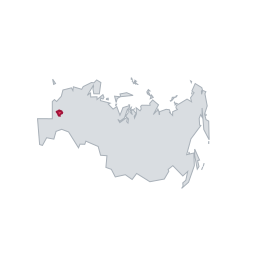 where Lipetsk sits in Russia, rotated 62°
{"feature_id": "RUS-2363", "entity_name": "Lipetsk", "entity_type": "Region", "adm_level": 1, "iso_a3": "RUS", "parent_name": "Russia", "parent_adm1": "", "projection": "orthographic", "projection_center": [38.959, 52.736], "detail": "fine", "context": "in_parent", "style": "filled", "palette": "rose", "viewbox_px": 256, "rotation_deg": 62, "n_neighbors": 0, "source": "natural_earth", "source_scale": "10m", "svg_char_len": 4768}
<svg xmlns="http://www.w3.org/2000/svg" viewBox="0 0 256 256"><g transform="rotate(62 128 128)"><path d="M204.3,100.0L206.5,109.0L205.2,106.7L202.2,105.4L201.3,101.5L194.4,95.7L196.1,102.1L182.3,106.1L183.4,112.0L185.4,112.3L190.1,119.9L185.7,133.9L172.2,141.7L175.4,148.5L168.0,152.3L165.2,162.2L156.7,162.1L152.4,166.0L142.6,159.6L139.2,165.0L130.3,163.0L119.8,171.4L122.1,173.8L119.7,178.0L122.3,181.0L103.6,182.3L98.0,187.2L97.2,193.1L103.0,198.7L98.4,204.4L103.2,211.7L101.1,213.8L77.3,203.5L84.3,190.5L69.1,182.4L68.4,179.6L71.1,178.6L68.7,172.0L63.9,167.6L66.0,159.1L69.1,159.1L66.0,156.9L72.1,150.7L70.4,148.1L70.7,138.9L72.1,136.9L70.9,133.1L75.1,130.6L84.4,137.3L81.7,142.1L76.8,140.5L75.2,138.9L74.0,138.5L80.1,148.6L79.5,144.6L83.1,146.4L85.9,140.7L88.3,142.0L86.8,134.5L89.6,134.8L90.7,136.5L88.8,137.9L90.9,139.5L97.7,132.1L97.6,134.2L104.3,132.3L103.9,127.9L112.9,129.1L107.6,122.8L108.9,116.5L110.2,116.5L111.4,119.9L117.4,126.4L118.2,131.9L115.6,132.9L119.4,132.7L118.2,124.7L119.1,123.8L121.7,126.2L123.6,125.7L120.2,123.3L116.5,124.6L114.7,120.9L112.4,119.4L111.4,115.4L114.7,118.7L117.2,118.2L117.7,117.9L113.8,117.0L114.7,114.8L119.1,114.1L120.6,117.0L122.3,117.6L119.5,113.9L113.9,111.3L118.5,109.3L117.5,107.5L114.8,106.6L114.4,105.0L118.3,97.9L116.4,97.2L114.8,93.0L121.9,90.2L128.0,99.3L126.3,94.4L127.3,92.8L130.2,94.0L130.7,94.1L130.9,93.8L128.4,92.5L129.4,85.6L131.3,82.9L134.2,83.3L133.3,84.2L137.9,82.7L134.6,80.9L134.9,75.7L132.7,76.2L130.9,74.9L130.2,62.3L134.7,59.6L130.7,58.6L127.9,53.1L125.3,54.2L120.3,47.8L127.0,43.9L129.2,44.4L129.9,45.9L132.8,47.2L129.9,44.4L132.5,42.2L133.9,44.0L145.7,47.7L151.6,53.8L157.2,55.2L159.8,53.5L176.5,61.9L165.0,61.8L145.1,53.2L153.2,57.5L150.3,57.6L153.0,60.7L159.1,63.4L160.0,62.5L167.1,77.5L179.1,88.8L181.0,81.6L192.4,87.1L204.3,100.0ZM101.6,108.2L96.9,119.8L94.2,119.1L96.2,112.6L101.6,108.2ZM177.9,79.0L189.9,79.9L189.5,81.9L195.3,83.4L196.9,86.2L183.3,81.9L177.9,79.0ZM93.6,124.9L96.8,120.1L96.9,123.7L100.0,126.5L93.6,124.9ZM124.6,77.1L121.7,74.5L122.7,72.3L124.6,77.1ZM106.3,93.0L110.5,93.0L107.1,94.7L106.3,93.0ZM103.6,92.0L105.6,91.2L104.6,93.7L103.6,92.0ZM109.9,91.8L112.8,91.3L112.6,94.6L109.9,91.8ZM123.5,71.8L122.3,70.5L122.4,69.1L123.5,71.8ZM49.5,171.6L54.7,171.1L54.6,173.2L49.5,171.6ZM87.0,101.8L88.2,101.2L85.9,102.5L87.0,101.8ZM128.1,74.7L129.4,73.1L129.6,75.6L128.1,74.7ZM93.9,132.2L92.7,133.7L91.9,132.9L92.4,131.5L93.9,132.2ZM89.2,100.6L90.1,99.9L90.8,100.3L89.2,100.6ZM92.7,99.6L92.7,100.8L91.7,100.6L91.7,99.9L92.7,99.6ZM93.9,99.4L92.9,99.6L94.0,98.9L93.9,99.4ZM101.6,126.8L102.9,128.6L101.2,127.5L101.6,126.8ZM106.4,93.7L106.4,94.7L105.4,94.5L106.4,93.7ZM89.4,99.3L90.6,98.7L90.4,99.5L89.4,99.3ZM116.8,50.0L117.6,50.8L115.8,50.6L116.8,50.0ZM85.8,101.3L86.8,101.5L85.0,101.8L85.8,101.3ZM108.6,115.8L107.5,116.6L108.5,115.7L108.6,115.8ZM125.3,92.7L126.7,92.8L125.7,93.3L125.3,92.7ZM126.5,54.7L127.6,55.2L127.6,55.7L126.5,54.7ZM91.6,101.4L90.8,101.2L92.0,101.2L91.6,101.4ZM90.7,99.5L91.3,100.1L90.4,99.8L90.7,99.5ZM194.7,77.3L195.6,78.0L197.3,79.7L194.7,77.3ZM90.4,101.6L91.1,102.2L90.5,102.3L90.4,101.6ZM114.5,114.7L114.0,115.7L113.7,115.7L114.5,114.7ZM153.2,52.7L153.7,53.6L152.6,52.8L153.2,52.7ZM127.1,74.8L128.1,75.1L127.4,75.3L127.1,74.8ZM177.7,85.4L179.0,85.6L178.8,86.1L177.7,85.4ZM177.5,62.8L179.5,63.9L179.3,64.1L177.5,62.8ZM89.5,102.1L88.9,102.4L88.7,102.2L89.5,102.1ZM113.9,112.9L114.3,113.8L114.0,113.7L113.9,112.9ZM123.9,77.6L124.6,78.0L123.3,77.8L123.9,77.6ZM199.2,82.4L197.4,80.2L199.5,82.6L199.2,82.4Z" fill="#d9dde1" stroke="#a8b0b8" stroke-width="1"/><path d="M84.2,179.3L84.2,179.5L84.2,179.8L84.2,180.0L84.1,180.3L84.1,180.5L84.1,180.8L84.0,181.0L83.9,181.0L83.9,181.3L84.0,181.5L84.3,181.7L84.3,181.8L84.5,181.9L84.5,182.0L84.8,182.2L85.0,182.3L85.2,182.5L85.3,182.5L85.2,182.7L85.2,182.8L85.1,183.0L84.9,183.2L84.9,183.3L84.7,183.4L84.3,183.4L84.2,183.3L83.9,183.4L83.8,183.5L83.7,183.5L83.4,183.5L83.1,183.4L83.1,183.2L82.8,183.1L82.7,183.0L82.4,183.1L82.4,183.3L82.2,183.4L82.1,183.2L81.9,183.0L81.7,183.2L81.4,183.1L81.1,183.3L80.9,183.4L80.8,183.5L80.7,183.5L80.4,183.6L80.1,183.6L80.0,183.4L79.9,183.3L79.9,183.2L80.0,182.9L80.1,182.7L80.3,182.6L80.4,182.4L80.3,182.2L80.2,182.1L80.2,181.9L80.0,181.7L79.9,181.5L79.9,181.4L80.0,181.4L80.0,181.2L80.1,180.9L80.1,180.7L80.1,180.3L80.2,180.2L80.3,180.1L80.6,180.2L80.7,180.3L80.8,180.3L81.0,180.5L81.0,180.4L81.2,180.2L81.3,180.2L81.3,180.3L81.5,180.2L81.4,179.9L81.5,179.7L81.4,179.6L81.3,179.4L81.5,179.3L81.7,179.2L81.8,179.2L81.7,179.2L81.7,178.9L81.9,178.7L82.0,178.7L82.3,178.7L82.3,178.8L82.4,179.0L82.5,179.2L82.8,179.2L83.0,179.1L83.1,178.9L83.3,178.7L83.5,178.6L83.7,178.8L83.8,178.9L83.8,179.0L84.0,179.2L84.2,179.3L84.2,179.3Z" fill="#f43f5e" stroke="#9f1239" stroke-width="1.5"/></g></svg>